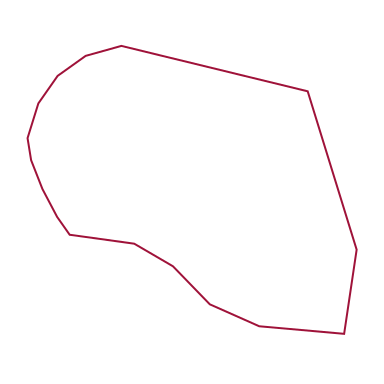 outline of Saint Anthony, rotated 177°
{"feature_id": "MSR-5087", "entity_name": "Saint Anthony", "entity_type": "Parish", "adm_level": 1, "iso_a3": "MSR", "parent_name": "Montserrat", "parent_adm1": "", "projection": "robinson", "projection_center": [-62.171, 16.712], "detail": "fine", "context": "isolated", "style": "outline", "palette": "rose", "viewbox_px": 384, "rotation_deg": 177, "n_neighbors": 0, "source": "natural_earth", "source_scale": "10m", "svg_char_len": 364}
<svg xmlns="http://www.w3.org/2000/svg" viewBox="0 0 384 384"><g transform="rotate(177 192 192)"><path d="M316.4,155.7L328.0,174.2L341.2,202.8L351.0,232.2L353.4,254.4L340.8,288.5L320.1,315.0L291.1,333.5L254.9,341.6L71.2,286.5L30.6,125.8L47.5,42.4L131.9,54.4L180.1,78.9L214.9,118.8L252.4,143.4L316.4,155.7Z" fill="none" stroke="#9f1239" stroke-width="2"/></g></svg>